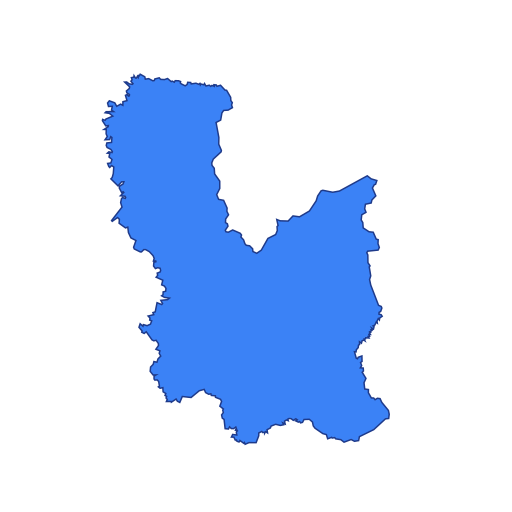 Baray, Kâmpóng Thum, Cambodia, rotated 258°
{"feature_id": "14789045B44673491264626", "entity_name": "Baray", "entity_type": "district", "adm_level": 2, "iso_a3": "KHM", "parent_name": "Cambodia", "parent_adm1": "Kâmpóng Thum", "projection": "albers", "projection_center": [105.123, 12.367], "detail": "fine", "context": "isolated", "style": "filled", "palette": "blue", "viewbox_px": 512, "rotation_deg": 258, "n_neighbors": 0, "source": "geoboundaries", "source_scale": "gbopen_adm2", "svg_char_len": 6085}
<svg xmlns="http://www.w3.org/2000/svg" viewBox="0 0 512 512"><g transform="rotate(258 256 256)"><path d="M180.6,368.0L182.3,365.6L203.7,362.2L209.4,362.2L212.7,364.1L221.8,364.5L222.6,365.5L226.2,364.1L233.8,365.6L236.2,365.0L237.5,366.3L236.4,376.7L238.7,378.4L242.7,377.9L246.6,378.9L247.5,377.1L254.9,375.6L256.2,371.6L261.2,366.7L266.5,367.4L269.4,366.4L274.3,368.0L275.9,372.7L279.5,372.1L283.9,373.8L283.9,379.7L286.7,381.0L289.9,385.7L298.3,384.0L301.1,386.5L301.3,387.9L304.7,389.9L307.5,384.7L311.3,381.5L302.2,351.1L302.4,344.3L306.4,335.0L306.2,333.2L301.9,328.8L297.4,326.3L288.9,317.6L285.3,306.7L287.5,300.5L283.5,294.7L285.4,286.9L287.4,283.9L281.2,283.9L280.4,282.7L276.4,282.1L272.9,279.7L270.7,271.3L260.6,262.4L258.5,257.3L261.0,253.9L263.8,254.2L267.3,251.9L268.5,248.7L270.3,247.7L274.4,247.2L277.7,245.2L279.5,246.2L281.5,245.3L286.3,238.6L285.0,233.8L286.0,231.6L287.6,231.3L291.0,234.8L293.5,234.7L295.0,233.1L298.5,234.0L302.0,237.7L305.8,236.8L308.9,237.7L317.2,235.9L319.2,231.2L324.2,230.3L329.6,234.6L336.8,236.1L344.9,232.6L350.5,233.4L353.8,231.8L356.3,232.1L359.7,234.4L365.1,243.5L366.5,244.1L373.1,242.8L379.6,244.3L394.9,244.7L396.3,249.7L403.0,252.4L405.1,254.6L404.5,259.1L406.0,263.8L408.8,263.5L410.9,264.7L413.3,263.7L416.5,264.2L424.2,261.7L424.7,260.2L430.4,256.8L430.1,253.1L431.5,252.8L432.1,251.2L430.9,250.6L432.0,250.1L431.2,249.5L432.0,248.3L431.3,247.0L432.8,245.8L432.7,242.4L435.4,241.5L434.3,240.6L435.7,237.9L434.9,237.1L436.5,237.0L435.9,235.6L437.5,233.2L437.8,228.4L439.3,228.2L440.1,225.3L438.1,224.3L437.2,222.1L439.9,218.7L441.0,217.9L442.3,218.5L443.5,216.7L444.3,213.4L443.0,212.2L444.5,210.4L444.2,209.3L448.0,206.4L447.6,203.2L448.6,199.4L450.4,198.4L450.2,193.8L448.8,193.0L448.8,191.6L451.8,187.9L452.0,184.5L454.4,184.5L457.9,180.5L456.5,179.3L457.0,178.6L455.2,177.9L456.5,177.4L454.9,176.1L455.1,175.1L457.7,174.2L456.3,173.7L456.4,171.2L454.1,171.4L453.0,170.0L450.1,171.5L449.6,170.7L450.7,167.8L453.1,165.7L453.4,163.7L447.7,167.6L446.2,166.9L444.3,163.5L442.5,163.6L440.3,165.8L439.0,165.4L438.9,164.5L440.7,163.4L440.3,161.7L434.8,162.1L434.6,157.9L431.1,157.1L432.7,155.2L431.4,150.9L435.2,149.7L438.3,144.8L436.5,142.6L432.9,142.8L432.3,146.6L428.8,145.0L426.9,146.7L428.3,139.4L427.5,138.2L426.0,142.2L422.6,145.0L421.2,137.7L420.1,136.6L421.5,134.4L420.3,133.9L414.5,136.1L414.3,138.7L413.2,138.3L411.4,133.7L410.9,135.8L406.6,134.8L403.8,135.4L401.1,132.5L400.3,137.1L403.0,138.7L401.9,139.7L397.1,138.3L397.6,133.6L395.3,132.5L393.1,132.9L390.4,136.2L388.0,137.2L387.1,136.7L388.5,133.8L387.5,132.0L386.7,134.3L383.4,132.8L380.4,135.2L377.2,133.4L377.4,130.1L374.2,130.6L373.0,131.3L374.5,133.6L372.6,135.4L366.2,133.5L362.6,131.6L361.6,130.1L353.3,135.6L356.5,139.9L356.1,142.2L354.1,141.0L352.6,137.0L350.9,136.4L345.9,137.8L346.5,139.4L345.7,139.9L343.1,135.9L341.7,140.3L340.4,140.7L339.5,140.1L340.9,137.6L340.1,136.4L336.4,134.7L331.7,135.1L320.7,122.1L319.8,122.6L322.4,128.6L320.3,130.0L316.5,128.9L310.6,134.2L310.9,136.6L305.4,136.1L299.7,137.4L296.1,141.8L290.0,138.1L288.2,138.4L284.1,143.6L283.8,144.8L285.6,147.6L285.2,149.4L282.4,152.6L277.7,155.4L274.8,155.9L272.4,154.6L272.0,156.9L271.2,156.9L271.1,154.8L267.5,153.7L264.6,155.0L265.0,157.4L263.9,159.7L261.6,159.7L260.3,158.9L259.8,155.8L257.5,155.8L256.0,153.9L251.7,159.8L247.4,157.7L245.6,160.2L243.0,161.2L240.3,160.3L240.2,157.7L237.4,157.0L236.7,155.4L234.6,157.8L232.8,162.6L231.7,160.4L232.4,153.7L228.9,154.7L228.1,153.7L230.9,149.5L222.3,145.8L222.1,143.4L219.9,143.8L219.7,138.0L217.3,139.4L215.4,138.7L214.3,140.5L211.3,138.6L210.5,135.0L212.3,131.6L210.8,130.8L213.8,128.6L210.6,126.7L206.3,129.0L205.2,128.4L203.5,130.5L204.7,132.9L195.6,136.8L194.3,138.4L194.3,140.8L190.7,142.3L188.7,142.0L185.6,138.7L183.2,142.3L181.0,141.1L177.9,142.0L175.8,138.8L172.7,137.0L174.0,134.2L171.4,132.9L169.3,129.8L165.2,128.5L161.0,130.6L160.5,133.5L159.7,131.3L156.9,130.7L155.7,131.2L155.3,133.6L153.5,134.7L148.8,134.5L148.3,133.3L146.6,134.7L146.6,137.5L142.5,136.9L140.2,139.2L138.5,138.0L137.3,139.4L135.8,138.5L134.1,139.4L132.3,138.1L131.3,142.8L130.6,142.8L132.7,148.1L130.3,148.9L128.6,151.0L133.9,154.7L131.1,163.1L136.0,172.5L136.3,177.6L132.9,178.3L130.6,181.0L130.6,183.2L128.9,183.3L127.7,187.2L126.2,187.0L123.2,191.5L120.9,192.1L116.6,189.4L113.1,192.3L112.1,191.4L109.7,191.5L107.7,189.3L104.4,189.3L102.8,190.8L93.5,189.9L92.5,193.1L94.4,194.6L92.3,196.0L91.8,198.2L92.9,200.7L89.9,201.1L90.7,200.3L89.9,199.6L88.9,201.3L87.7,200.1L84.9,200.0L86.3,196.1L84.0,194.3L83.4,196.7L80.3,197.4L80.1,198.6L79.2,198.5L77.9,200.1L77.7,201.1L78.9,201.9L75.4,205.0L76.0,205.9L74.1,206.2L74.9,210.3L73.4,217.3L79.6,221.3L82.3,221.9L83.2,225.2L81.9,225.9L81.9,227.8L80.8,227.6L82.2,228.9L80.6,230.5L83.8,230.7L84.8,234.3L86.5,235.4L87.3,240.2L85.2,244.6L85.2,248.0L87.2,247.5L85.6,249.6L88.5,249.5L89.3,251.7L88.2,253.3L89.8,253.2L90.2,254.5L89.6,256.5L87.5,258.3L88.5,261.1L87.2,262.3L86.5,260.5L84.7,262.9L85.0,264.3L83.5,264.9L83.6,266.9L86.1,269.0L85.2,274.2L81.9,276.7L77.9,276.7L75.3,277.9L68.4,284.4L66.7,287.7L62.3,288.1L62.9,292.3L62.1,292.7L62.0,295.2L60.6,295.9L58.7,300.8L55.6,303.4L56.7,310.9L54.3,313.8L54.1,318.0L57.8,319.6L61.7,335.1L69.8,348.8L69.5,352.0L73.5,353.4L77.4,353.4L86.7,348.6L90.7,347.7L91.6,345.2L90.7,342.6L92.6,341.6L93.2,339.3L98.9,337.5L102.0,338.2L103.3,334.7L109.6,335.3L113.4,338.1L120.2,335.7L121.2,337.2L124.1,337.6L124.9,334.8L126.9,336.6L130.1,336.1L130.8,337.8L136.2,338.8L135.7,334.9L134.4,333.9L135.2,332.8L141.9,332.4L141.4,333.9L143.5,334.7L145.1,336.9L147.5,337.7L147.9,338.9L150.6,339.4L148.8,341.0L151.1,342.2L151.3,344.0L150.4,344.9L152.3,344.5L152.2,345.9L153.2,346.3L152.3,349.5L153.9,349.0L153.8,350.4L155.6,350.1L155.4,351.6L157.0,350.9L157.6,352.3L158.3,351.6L159.0,353.9L160.0,353.3L160.1,354.6L161.5,354.2L160.1,355.7L162.4,356.8L163.3,356.0L163.7,357.8L166.3,359.8L165.2,360.7L167.1,360.8L169.4,362.6L167.8,363.4L169.6,364.1L170.8,366.9L172.6,366.2L173.5,364.2L175.3,364.7L175.8,366.4L178.9,368.3L180.6,368.0Z" fill="#3b82f6" stroke="#1e3a8a" stroke-width="1.5"/></g></svg>